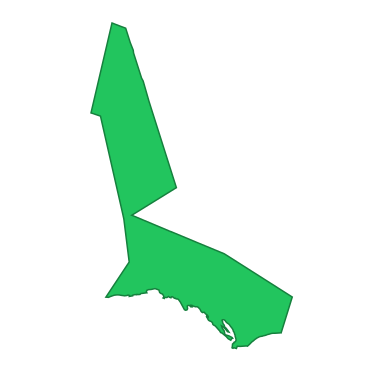 Chami, Inchiri, Mauritania, rotated 288°
{"feature_id": "47542326B60250303477597", "entity_name": "Chami", "entity_type": "district", "adm_level": 2, "iso_a3": "MRT", "parent_name": "Mauritania", "parent_adm1": "Inchiri", "projection": "robinson", "projection_center": [-16.149, 20.164], "detail": "fine", "context": "isolated", "style": "filled", "palette": "green", "viewbox_px": 384, "rotation_deg": 288, "n_neighbors": 0, "source": "geoboundaries", "source_scale": "gbopen_adm2", "svg_char_len": 2738}
<svg xmlns="http://www.w3.org/2000/svg" viewBox="0 0 384 384"><g transform="rotate(288 192 192)"><path d="M282.4,111.3L284.8,108.8L306.1,93.5L308.7,92.3L315.0,87.1L327.3,78.3L327.4,76.3L327.5,73.4L328.0,63.7L236.0,71.5L235.9,81.5L149.4,133.1L145.1,135.6L106.0,153.9L65.4,142.6L66.0,145.2L67.2,146.5L68.2,147.8L69.8,149.9L70.5,151.4L71.1,152.8L71.6,154.7L71.9,157.0L72.2,158.5L72.4,159.9L73.4,162.0L74.2,163.0L74.3,164.4L73.3,164.6L74.9,167.6L75.3,167.4L75.6,167.6L76.1,168.3L76.8,169.5L77.2,171.2L77.6,171.2L77.9,172.8L78.5,174.2L79.6,174.7L82.2,180.2L82.9,179.4L84.6,179.5L85.7,180.8L86.6,183.1L88.7,186.7L88.6,190.8L86.4,192.3L85.9,193.8L85.8,195.5L84.7,196.8L83.5,197.7L82.3,197.2L82.2,198.5L83.2,198.5L83.9,200.8L84.8,201.4L85.4,202.0L84.9,203.2L84.9,204.7L85.9,204.8L86.3,205.3L86.3,205.9L85.9,206.9L85.5,208.3L85.8,208.9L85.4,210.0L85.8,211.3L85.6,212.3L83.7,214.9L77.7,221.2L77.6,222.6L78.4,223.7L79.6,223.9L81.4,223.0L82.2,222.7L82.9,223.3L83.3,224.7L82.8,225.6L82.4,226.4L82.8,227.6L83.4,227.0L83.6,225.7L84.0,225.8L84.2,227.2L83.9,228.0L83.9,230.8L84.5,232.3L84.2,233.6L83.7,234.5L82.8,236.1L81.8,236.9L80.9,238.1L80.6,239.4L81.1,240.1L81.4,240.9L80.4,242.3L79.7,244.5L78.5,246.0L77.9,246.1L78.1,245.1L78.6,244.2L78.1,244.2L77.8,244.4L76.9,245.5L75.5,246.9L75.1,247.5L74.8,248.7L74.8,249.8L74.5,250.9L73.9,251.9L72.8,252.5L72.2,253.4L71.9,255.0L71.7,255.7L69.5,259.4L69.0,260.2L68.7,260.9L68.1,261.6L67.2,262.6L67.1,264.2L66.0,266.9L65.1,269.2L63.6,271.8L63.0,274.7L64.8,275.0L65.4,275.9L66.0,275.1L66.6,271.5L66.5,267.4L67.7,266.8L69.9,265.5L70.6,264.4L71.3,263.6L71.9,262.8L72.6,262.3L73.1,261.9L73.8,261.4L73.6,262.5L73.2,263.8L72.9,264.4L71.8,266.4L70.8,267.9L70.1,268.9L70.2,269.6L70.2,270.4L71.3,269.0L72.5,267.2L73.1,266.3L73.7,264.8L75.3,263.8L75.7,263.2L76.5,262.1L77.4,261.5L78.1,261.2L78.5,260.8L78.9,260.5L79.2,260.2L79.8,260.3L80.2,261.1L80.4,262.0L80.1,262.7L80.1,263.1L79.3,264.0L78.7,264.9L78.2,266.1L77.8,267.6L77.2,268.8L76.1,270.2L75.4,271.3L74.8,272.2L73.7,273.5L72.3,274.4L71.5,275.5L69.9,276.5L69.6,276.9L69.1,277.2L68.7,277.4L67.8,277.8L66.9,278.5L65.1,279.6L64.3,279.7L63.1,279.5L62.0,278.4L61.3,278.5L61.0,278.1L59.8,277.5L59.3,277.7L56.8,278.2L56.2,278.2L56.0,279.3L56.8,279.9L56.9,282.6L59.3,282.7L59.6,283.9L60.1,285.7L61.1,288.1L61.5,289.1L62.4,291.3L62.5,292.4L65.1,293.9L66.2,294.4L68.3,295.5L69.3,296.3L70.0,296.7L71.2,297.4L72.1,298.1L73.3,299.0L74.5,300.2L75.4,301.1L76.6,303.4L77.3,304.3L77.8,305.2L78.6,306.5L79.6,307.6L80.7,309.4L81.8,310.9L82.5,312.2L83.1,314.0L85.0,318.8L85.2,319.2L85.6,320.2L85.6,320.3L123.1,319.8L143.2,241.8L145.6,211.5L147.8,184.6L147.7,184.6L151.3,141.9L191.3,175.8L256.8,128.9L264.9,123.1L282.4,111.3Z" fill="#22c55e" stroke="#15803d" stroke-width="1.5"/></g></svg>